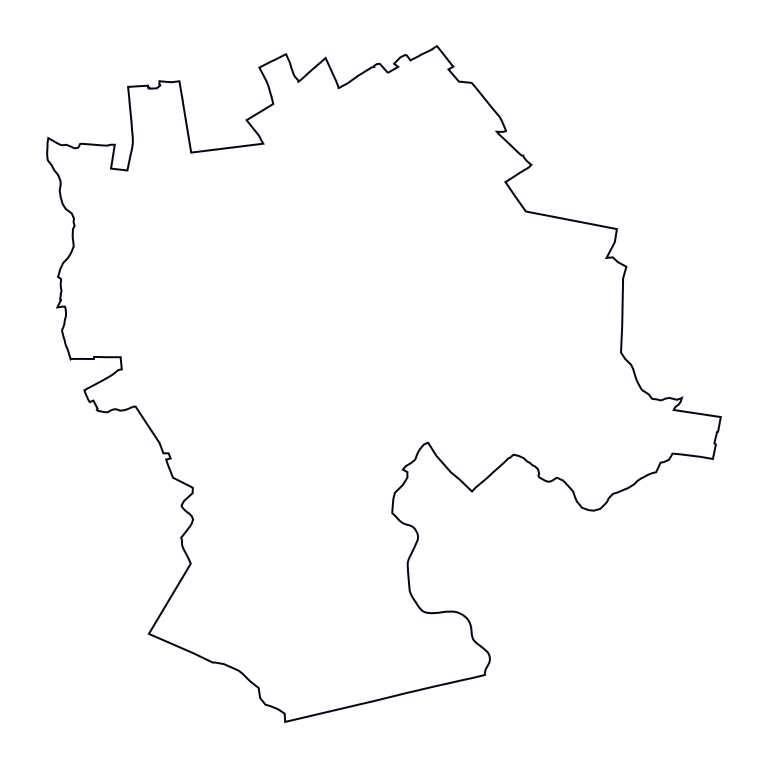 the district of Sanmartin, Bihor, Romania
{"feature_id": "2599482B24432048687552", "entity_name": "Sanmartin", "entity_type": "district", "adm_level": 2, "iso_a3": "ROU", "parent_name": "Romania", "parent_adm1": "Bihor", "projection": "equal_earth", "projection_center": [21.97, 46.975], "detail": "fine", "context": "isolated", "style": "outline", "palette": "ink", "viewbox_px": 768, "rotation_deg": 0, "n_neighbors": 0, "source": "geoboundaries", "source_scale": "gbopen_adm2", "svg_char_len": 5922}
<svg xmlns="http://www.w3.org/2000/svg" viewBox="0 0 768 768"><path d="M682.0,397.9L677.2,399.8L669.3,397.9L665.2,398.7L661.9,400.2L659.6,400.3L658.0,399.6L652.1,398.8L648.8,394.4L641.8,389.9L638.0,383.1L636.3,379.3L634.9,375.0L633.1,368.8L631.0,364.6L625.3,359.1L621.0,352.6L622.2,326.2L623.1,278.4L626.4,266.8L617.9,262.1L612.8,257.4L606.6,257.9L614.9,242.0L616.9,229.1L525.9,211.5L515.2,196.4L507.9,185.6L505.4,182.1L510.9,178.7L519.9,172.8L525.1,169.7L528.8,167.5L531.4,164.8L530.2,164.0L529.7,163.6L526.1,160.2L523.8,157.3L523.6,156.5L523.3,155.6L521.7,155.6L519.2,153.5L509.2,143.8L499.0,134.3L496.9,131.8L502.9,131.9L505.9,131.2L505.9,130.4L501.7,120.6L499.6,116.8L492.0,107.8L475.1,86.8L472.0,83.2L471.1,82.8L458.9,81.6L448.5,69.4L453.4,66.7L451.4,64.4L443.8,54.6L437.0,46.1L431.9,49.3L432.1,49.5L420.9,54.8L418.5,56.3L414.5,58.3L410.4,60.4L406.9,55.5L405.1,55.0L400.2,57.5L394.1,63.8L398.2,66.9L393.7,69.5L389.0,72.2L388.1,72.6L387.8,72.6L387.6,72.5L379.9,63.9L377.2,64.0L376.1,64.6L374.2,65.8L374.3,67.1L372.1,67.2L358.0,75.9L347.7,83.3L342.3,86.1L340.4,87.3L338.6,88.1L338.0,85.8L336.2,81.2L335.0,78.6L332.9,74.1L331.1,70.0L325.6,58.0L321.6,61.6L311.1,70.6L302.6,78.4L298.4,81.8L297.8,79.8L296.8,78.8L295.3,77.1L294.3,75.7L293.0,72.6L291.9,69.2L291.5,68.4L290.0,62.9L286.1,54.3L284.8,54.8L273.2,60.7L272.6,60.8L259.4,67.6L261.9,72.4L263.4,75.2L266.5,81.2L267.7,84.3L268.4,86.0L269.9,91.1L270.8,94.5L271.5,96.6L273.3,104.0L246.7,120.1L247.8,121.7L259.1,135.8L261.2,140.0L262.6,142.5L263.3,143.7L191.2,152.6L182.9,102.2L182.9,101.7L182.4,98.5L181.5,93.6L179.4,81.3L171.8,82.2L166.5,81.9L159.5,81.2L159.6,82.9L159.1,83.6L159.5,84.6L160.2,85.1L160.2,85.6L156.8,88.3L149.4,88.7L149.4,87.7L148.2,87.8L148.0,85.7L128.1,86.9L129.3,98.7L129.8,104.9L131.0,117.2L131.6,122.9L132.0,129.4L132.7,136.4L132.9,142.6L132.1,148.7L130.6,154.9L127.4,170.5L111.0,168.6L112.5,159.4L114.8,144.8L111.0,144.7L107.9,145.5L104.9,145.6L84.7,144.0L81.0,143.8L80.1,144.0L78.4,147.5L77.4,148.0L75.4,148.2L73.9,148.1L71.4,146.8L66.4,144.8L63.2,145.2L61.7,145.1L60.5,144.9L56.8,143.0L48.3,138.1L47.5,143.4L47.5,146.9L47.2,151.4L47.2,155.6L47.7,159.9L48.3,161.0L49.6,162.5L51.6,165.2L54.3,170.3L58.1,174.9L60.5,180.9L60.7,184.5L59.7,190.8L60.8,197.6L62.7,204.2L65.9,209.1L69.2,211.5L71.8,213.5L74.0,218.7L73.6,222.1L74.6,225.9L73.6,227.9L73.0,229.0L72.7,234.8L72.8,238.1L73.4,242.7L73.7,246.5L71.6,251.7L70.4,254.2L68.8,256.7L68.2,257.8L63.1,263.1L60.2,269.4L58.4,276.0L58.0,276.9L61.1,279.0L60.9,281.7L60.7,284.7L60.9,287.6L61.5,290.7L61.0,293.3L60.2,299.5L60.7,299.5L61.1,299.9L57.4,307.4L59.7,307.1L62.4,306.7L65.0,306.7L65.6,308.7L66.1,313.4L65.9,316.6L64.9,320.0L64.5,322.6L64.5,323.7L63.1,327.8L62.3,329.4L62.1,330.4L62.2,331.5L63.7,337.5L64.8,340.7L64.9,341.7L65.5,344.2L66.0,345.7L67.1,348.1L67.8,349.9L68.3,351.4L70.6,359.2L70.9,358.9L93.9,359.0L94.1,357.0L94.5,356.9L105.8,357.2L120.6,357.2L121.8,369.4L118.5,370.0L112.6,374.6L109.7,376.5L102.5,380.6L87.2,388.7L86.3,389.3L84.5,390.2L85.2,392.7L88.0,399.2L89.7,402.1L93.4,400.6L97.6,408.7L96.8,409.8L97.9,410.8L99.2,411.1L101.3,411.5L102.2,411.7L104.6,412.1L106.5,412.3L107.6,412.2L108.9,411.6L110.5,410.6L113.3,409.5L115.2,409.2L116.0,409.3L116.9,409.5L118.2,409.9L120.1,410.7L121.7,410.5L124.7,410.1L128.3,408.9L130.6,407.8L133.6,406.7L135.7,406.7L143.5,418.6L148.0,425.5L155.1,436.2L159.6,443.1L163.4,453.3L168.6,453.3L170.6,458.5L166.2,459.5L167.7,464.2L173.0,477.7L192.8,487.7L192.7,493.1L184.1,500.9L181.6,505.3L181.9,506.7L182.8,508.0L184.0,509.4L186.1,511.3L189.6,513.9L191.9,516.4L193.1,519.6L191.7,523.7L190.2,526.2L185.8,532.0L181.2,537.7L181.8,539.4L182.1,545.1L183.2,548.4L188.1,557.6L189.5,560.7L190.8,563.7L148.9,633.9L193.3,653.2L212.6,662.5L215.0,662.5L223.9,664.1L238.6,670.6L242.2,673.4L250.7,681.8L258.7,688.0L260.1,698.0L265.6,704.8L268.0,705.4L270.9,706.3L278.1,709.3L280.0,710.5L284.7,713.7L285.2,721.9L375.9,700.6L403.7,693.7L433.9,686.6L463.7,679.9L473.1,677.9L480.2,676.1L484.9,675.0L484.9,673.1L485.4,670.1L486.7,667.5L488.0,665.3L489.2,663.0L489.9,660.2L489.9,657.8L489.7,656.9L489.1,654.6L487.8,652.4L486.1,650.8L483.8,648.7L476.3,642.9L474.4,641.0L473.2,639.3L472.7,638.3L472.1,636.0L471.7,633.7L471.5,630.5L471.2,627.7L470.5,624.9L469.8,622.9L468.6,620.6L467.0,618.4L464.8,616.5L462.9,615.0L460.8,613.9L457.2,612.3L454.7,611.8L452.6,611.6L447.0,611.7L444.4,611.9L438.5,612.8L435.2,613.0L431.9,613.2L426.9,612.8L425.0,612.2L423.1,611.4L421.5,610.1L418.3,606.4L416.7,603.6L414.0,599.7L412.0,596.4L410.6,593.5L409.7,590.8L408.9,582.0L408.1,572.3L407.7,565.1L407.9,562.0L408.8,559.0L414.6,547.1L417.8,539.7L418.1,536.9L417.6,533.9L415.8,530.2L414.1,528.0L411.9,526.3L409.0,525.2L405.6,524.3L403.1,523.2L400.9,521.8L398.3,519.4L396.7,517.5L394.1,514.8L392.3,513.3L392.5,508.9L393.4,498.6L394.9,492.8L402.6,485.3L407.4,477.7L407.4,472.1L402.9,469.6L405.6,466.3L410.7,463.3L414.5,460.3L415.8,458.4L416.6,455.8L418.0,452.5L419.9,449.3L423.8,444.6L428.2,442.7L436.1,455.5L450.9,472.3L453.0,474.1L457.2,477.5L459.7,479.6L472.0,491.5L475.5,487.7L486.0,479.0L494.1,471.5L504.1,462.6L508.3,458.5L510.1,457.7L513.5,454.7L518.6,455.9L523.5,458.0L527.7,461.9L528.9,462.3L530.4,463.3L532.4,465.2L534.8,466.3L538.0,469.1L539.2,473.8L538.4,475.3L538.8,476.5L539.2,477.3L545.1,480.7L548.4,481.8L551.6,481.1L556.7,477.8L557.7,478.0L562.0,480.1L563.3,480.6L563.7,481.4L565.3,482.6L566.4,484.1L568.3,486.0L573.3,491.7L575.0,497.2L577.0,501.7L580.0,505.1L580.8,506.5L581.9,507.7L588.5,510.1L593.7,510.7L600.3,508.9L605.4,503.8L607.1,501.9L608.6,498.5L612.4,494.4L613.7,493.6L617.2,492.6L628.6,487.8L634.4,484.1L636.3,482.2L637.1,481.2L640.4,478.9L644.9,476.6L648.0,474.8L652.8,473.0L656.2,472.2L660.6,462.6L663.9,462.1L668.8,459.9L671.2,456.1L672.5,453.6L680.0,454.3L700.9,456.9L712.9,459.0L715.9,444.6L714.4,443.3L717.1,431.9L718.1,431.7L720.8,417.1L673.7,410.0L673.9,409.4L675.5,406.9L678.9,404.4L680.7,401.7L682.0,397.9Z" fill="none" stroke="#020617" stroke-width="2"/></svg>